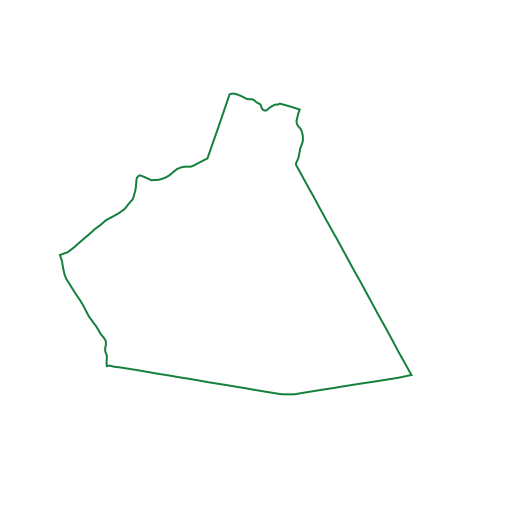 the district of Dujis, North-Eastern, Kenya, rotated 109°
{"feature_id": "3690345B59068653601742", "entity_name": "Dujis", "entity_type": "district", "adm_level": 2, "iso_a3": "KEN", "parent_name": "Kenya", "parent_adm1": "North-Eastern", "projection": "mercator", "projection_center": [39.729, -0.425], "detail": "fine", "context": "isolated", "style": "outline", "palette": "green", "viewbox_px": 512, "rotation_deg": 109, "n_neighbors": 0, "source": "geoboundaries", "source_scale": "gbopen_adm2", "svg_char_len": 3684}
<svg xmlns="http://www.w3.org/2000/svg" viewBox="0 0 512 512"><g transform="rotate(109 256 256)"><path d="M103.3,262.4L103.5,272.6L104.2,283.2L105.3,284.1L105.9,285.1L106.2,286.2L106.7,287.2L107.4,288.0L108.2,288.8L109.0,289.5L110.1,290.4L111.3,291.4L112.3,292.1L113.3,292.5L114.6,293.3L115.5,294.5L115.6,295.5L115.6,296.7L115.0,297.8L114.2,298.8L113.2,299.6L112.0,300.5L111.1,301.6L110.9,302.7L110.9,303.8L110.6,305.0L110.1,306.5L109.7,307.5L109.4,308.3L109.0,309.6L109.1,310.7L109.5,312.0L110.0,313.4L110.3,314.6L110.4,315.8L110.3,317.0L110.1,318.4L109.9,319.6L109.7,320.9L109.6,322.5L109.5,323.7L109.5,324.6L109.4,326.1L109.4,327.9L109.6,329.3L109.8,330.3L110.4,331.7L111.1,332.9L111.7,333.6L145.7,333.5L179.6,333.7L180.8,334.9L182.0,336.1L185.2,339.1L188.4,342.2L189.6,343.3L190.7,344.3L191.8,345.6L192.9,347.0L193.4,348.5L193.9,350.1L194.4,351.5L195.0,352.8L195.8,354.3L196.7,355.8L198.0,357.3L199.3,358.8L201.0,359.9L202.6,361.0L205.3,362.6L208.0,364.2L209.8,365.8L211.5,367.3L212.9,369.1L214.3,370.8L215.2,372.3L216.1,373.9L216.8,375.5L217.4,377.2L217.8,378.1L218.4,379.4L218.3,380.4L218.2,381.5L218.0,383.6L217.9,385.4L217.6,387.0L217.6,388.6L217.5,389.8L217.5,391.0L217.6,392.1L218.3,392.9L219.2,393.5L220.5,393.9L222.0,394.0L224.0,393.5L225.7,393.1L227.3,392.7L229.0,392.2L231.3,391.8L233.5,391.4L237.0,391.2L240.4,391.0L241.8,391.0L243.0,391.2L244.4,391.8L245.8,392.5L247.3,393.0L248.7,393.6L250.7,394.2L252.7,394.9L253.6,395.3L254.5,395.6L255.3,396.1L256.1,396.7L257.3,397.6L258.6,398.4L259.8,399.4L261.0,400.4L262.0,401.2L262.8,402.0L264.0,403.0L265.1,404.0L266.0,404.9L266.9,405.7L269.0,407.6L271.0,409.5L271.9,410.0L274.9,411.8L277.7,413.4L280.8,415.6L284.2,417.9L285.7,418.6L287.0,419.2L288.3,420.0L289.7,420.8L292.1,422.2L294.5,423.7L298.4,425.9L302.3,428.2L304.5,429.4L306.7,430.6L308.0,431.5L309.3,432.3L310.9,433.4L312.5,434.5L313.4,435.1L314.3,435.9L315.3,437.3L316.3,438.6L317.1,439.5L317.9,440.5L318.8,441.7L324.2,437.7L327.8,435.8L331.3,433.8L335.5,431.2L339.1,428.3L351.1,413.4L354.3,409.0L358.7,403.6L367.5,394.4L371.7,388.4L374.1,384.8L376.4,381.9L380.3,377.5L382.8,373.3L385.1,370.5L388.4,369.1L392.9,368.5L395.5,367.3L399.0,364.4L402.7,363.4L405.8,362.5L408.7,361.2L407.3,358.8L406.9,354.2L405.7,348.7L404.3,341.1L402.3,329.4L399.4,311.2L396.7,295.9L396.2,292.3L393.6,277.5L390.7,259.0L387.4,240.3L384.3,221.8L381.9,206.8L378.7,188.5L377.7,184.5L374.3,174.7L370.5,167.8L361.6,151.2L354.7,138.0L352.7,134.5L342.8,115.9L335.8,102.5L333.3,97.7L324.4,81.1L317.9,70.3L314.0,74.6L313.2,75.5L308.3,81.0L307.6,81.7L305.8,83.8L302.6,87.4L299.0,91.4L289.9,101.1L279.6,112.4L270.4,122.7L263.2,130.5L253.6,141.0L244.9,150.5L242.5,153.3L235.4,161.2L225.6,171.8L222.6,175.2L220.7,177.2L220.0,178.0L219.3,178.8L217.4,180.9L215.3,183.2L214.6,183.9L213.4,185.2L208.0,191.4L207.2,192.2L204.8,194.9L200.4,199.8L199.8,200.6L199.0,201.5L197.3,203.3L196.6,204.0L195.8,204.9L193.9,207.0L191.2,209.9L190.3,211.0L188.7,212.7L187.7,213.8L186.7,214.8L184.7,217.0L183.9,217.8L183.2,218.7L182.5,219.5L181.7,220.3L180.1,222.0L178.0,224.4L172.5,230.5L167.1,236.5L166.4,237.2L164.5,239.3L161.0,243.2L159.6,244.7L158.8,245.6L158.2,246.3L157.2,247.5L155.4,248.3L154.0,248.3L151.8,248.0L150.9,247.9L149.6,247.9L148.3,247.9L147.2,248.1L145.5,248.4L144.1,248.5L143.0,248.6L142.1,248.8L141.1,249.0L140.0,249.2L138.8,249.1L137.6,249.1L134.9,249.0L134.0,249.0L132.8,249.1L131.7,249.3L130.5,249.6L128.9,250.2L128.1,250.5L126.2,251.4L125.3,252.0L123.4,253.3L122.7,253.8L121.9,254.7L120.9,255.8L120.3,257.1L119.6,258.2L119.0,259.1L118.3,259.8L117.4,260.5L115.7,261.5L114.1,261.8L113.2,261.9L111.5,262.0L110.5,262.1L108.5,262.4L103.3,262.4Z" fill="none" stroke="#15803d" stroke-width="2"/></g></svg>